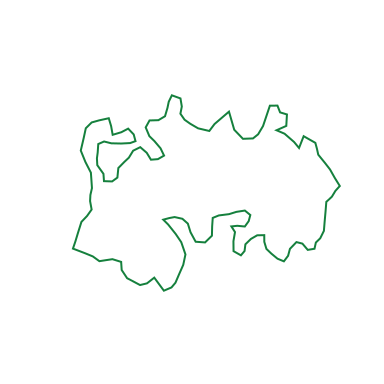 outline of São José do Inhacorá, Rio Grande do Sul, Brazil, rotated 330°
{"feature_id": "56859067B50874549869187", "entity_name": "São José do Inhacorá", "entity_type": "district", "adm_level": 2, "iso_a3": "BRA", "parent_name": "Brazil", "parent_adm1": "Rio Grande do Sul", "projection": "orthographic", "projection_center": [-54.127, -27.736], "detail": "fine", "context": "isolated", "style": "outline", "palette": "green", "viewbox_px": 384, "rotation_deg": 330, "n_neighbors": 0, "source": "geoboundaries", "source_scale": "gbopen_adm2", "svg_char_len": 2016}
<svg xmlns="http://www.w3.org/2000/svg" viewBox="0 0 384 384"><g transform="rotate(330 192 192)"><path d="M316.6,199.5L306.7,207.4L305.4,199.7L301.3,187.8L296.1,180.8L306.7,181.9L313.0,172.3L308.1,167.1L309.2,159.9L302.6,156.2L286.5,170.4L278.1,175.1L271.6,176.1L262.7,171.4L259.7,159.2L264.2,140.9L245.5,144.4L237.5,147.8L229.1,139.9L224.6,132.0L221.7,125.7L221.1,118.4L225.9,112.9L228.8,105.2L222.9,98.2L217.0,102.2L212.8,106.9L206.5,112.9L198.8,113.0L191.0,108.8L184.2,112.9L183.0,122.3L184.9,129.1L186.6,138.4L186.0,146.5L178.9,146.5L172.6,143.5L172.4,135.4L169.6,127.3L161.7,126.8L154.5,130.7L148.5,132.1L140.2,134.4L134.6,142.2L128.1,142.9L121.2,138.6L124.4,132.0L123.4,121.4L126.5,115.3L130.1,110.6L134.8,103.6L141.1,104.3L146.5,109.5L154.9,114.6L162.9,118.7L168.5,119.7L170.3,113.0L168.4,105.2L160.7,104.9L151.9,102.8L154.9,94.5L156.8,86.5L147.3,83.5L139.9,81.6L131.9,83.7L125.1,91.2L116.4,100.5L114.7,112.7L114.1,124.7L110.5,132.1L107.3,138.6L102.5,143.8L99.2,148.9L96.3,157.0L89.1,160.3L81.3,162.6L72.8,170.4L66.3,176.5L60.6,181.5L68.8,191.6L73.9,198.2L77.2,205.6L83.4,208.0L89.5,210.4L95.7,217.1L92.1,224.4L92.7,234.2L100.5,246.6L107.3,248.6L116.5,247.3L118.3,263.4L126.5,264.4L132.3,262.3L139.4,257.0L148.0,250.7L155.1,242.8L156.3,236.8L157.6,230.1L156.9,220.3L155.1,208.3L153.3,201.6L159.3,203.2L164.4,205.0L170.3,210.4L172.6,217.3L170.6,226.1L170.3,236.9L178.1,242.2L187.4,239.8L192.3,231.8L197.0,224.8L203.5,225.7L213.0,229.7L220.5,231.4L228.5,234.5L231.0,241.1L226.5,245.6L220.5,248.3L214.3,243.9L208.9,241.5L209.2,248.2L203.3,255.3L198.4,264.0L202.7,271.3L208.0,269.4L212.1,264.0L219.6,262.1L226.8,262.1L233.0,265.5L229.7,271.3L228.0,278.5L229.9,285.0L232.7,292.5L236.9,298.0L243.3,295.3L248.4,290.2L257.4,287.6L261.8,291.9L263.3,300.0L269.7,302.4L274.0,297.7L279.9,296.2L286.8,291.6L291.9,284.2L297.8,275.8L303.4,267.7L310.8,266.0L316.8,262.7L323.0,260.7L322.7,251.4L322.8,241.5L321.7,233.4L320.0,222.8L321.8,217.1L323.4,211.1L316.6,199.5Z" fill="none" stroke="#15803d" stroke-width="2"/></g></svg>